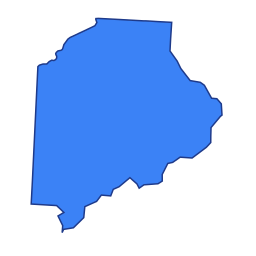 De Soto, Louisiana, United States of America (Robinson projection), rotated 93°
{"feature_id": "52423323B38676276985522", "entity_name": "De Soto", "entity_type": "district", "adm_level": 2, "iso_a3": "USA", "parent_name": "United States of America", "parent_adm1": "Louisiana", "projection": "robinson", "projection_center": [-93.77, 32.094], "detail": "fine", "context": "isolated", "style": "filled", "palette": "blue", "viewbox_px": 256, "rotation_deg": 93, "n_neighbors": 0, "source": "geoboundaries", "source_scale": "gbopen_adm2", "svg_char_len": 1025}
<svg xmlns="http://www.w3.org/2000/svg" viewBox="0 0 256 256"><g transform="rotate(93 128 128)"><path d="M20.2,89.9L20.2,100.8L20.2,104.1L20.1,111.6L20.1,116.3L20.2,118.3L20.1,142.1L20.1,163.3L20.4,165.8L21.4,165.8L24.3,164.6L27.6,166.4L29.5,169.8L40.6,190.5L42.4,192.7L48.1,196.4L51.2,197.1L53.0,197.7L53.9,198.9L54.7,202.0L56.2,203.5L57.4,204.1L58.7,203.8L59.9,203.0L61.9,202.9L63.4,203.8L64.5,205.5L64.3,207.7L65.8,210.2L68.3,212.4L68.6,216.4L69.9,219.8L71.4,221.2L187.2,220.7L209.0,220.7L209.2,195.2L215.7,187.6L219.5,193.3L228.9,188.1L235.9,188.3L232.6,187.0L230.5,177.3L219.8,167.5L208.8,167.0L202.9,155.5L196.4,151.1L196.7,141.7L190.0,139.5L187.1,133.8L177.5,123.5L183.4,116.1L187.5,113.7L183.9,109.1L182.1,95.1L179.2,91.0L172.6,91.4L161.3,86.4L160.0,81.6L154.4,74.4L154.6,62.4L143.1,48.7L138.2,44.6L131.8,44.9L123.2,45.1L111.5,36.3L110.2,34.8L99.0,36.1L94.1,40.8L93.9,46.1L81.3,54.0L78.6,58.2L77.4,68.4L65.8,78.4L58.6,82.4L48.9,90.1L36.7,90.1L20.2,89.9Z" fill="#3b82f6" stroke="#1e3a8a" stroke-width="1.5"/></g></svg>